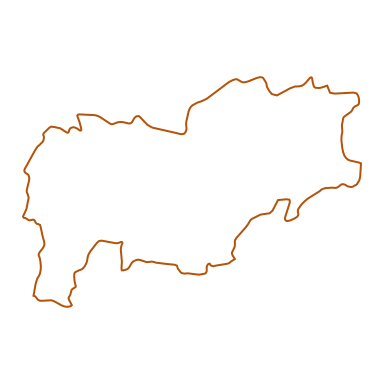 SVG path tracing the border of Uruzgan
{"feature_id": "AFG-1752", "entity_name": "Uruzgan", "entity_type": "Province", "adm_level": 1, "iso_a3": "AFG", "parent_name": "Afghanistan", "parent_adm1": "", "projection": "robinson", "projection_center": [66.006, 32.797], "detail": "fine", "context": "isolated", "style": "outline", "palette": "amber", "viewbox_px": 384, "rotation_deg": 0, "n_neighbors": 0, "source": "natural_earth", "source_scale": "10m", "svg_char_len": 4674}
<svg xmlns="http://www.w3.org/2000/svg" viewBox="0 0 384 384"><path d="M327.2,85.7L330.0,92.7L334.7,93.6L353.5,92.6L356.6,93.4L357.7,95.0L358.7,97.4L359.1,100.7L359.0,102.8L358.6,104.3L358.0,104.9L354.9,106.5L353.9,107.3L353.1,108.3L351.8,110.8L350.7,112.0L344.3,116.6L343.6,117.4L343.2,118.2L343.0,118.9L342.7,121.5L342.5,122.1L341.9,125.2L342.3,131.4L342.2,133.1L341.8,134.3L341.5,136.8L341.4,140.3L342.3,148.2L343.1,152.1L344.4,155.6L345.9,157.8L347.6,159.4L349.8,160.5L358.8,162.5L361.0,163.4L360.2,176.3L359.9,177.9L359.4,180.2L358.6,181.4L357.3,183.7L356.6,184.6L355.6,185.2L354.7,185.5L353.3,186.4L352.5,186.8L351.2,187.0L349.8,186.8L348.2,186.5L347.2,186.1L345.2,184.8L343.6,184.2L341.4,184.4L338.2,186.9L336.9,187.6L335.8,187.9L331.3,187.7L325.6,188.1L323.1,188.8L321.0,189.9L319.8,191.1L307.7,198.7L304.6,201.3L301.7,204.2L298.8,208.2L298.2,209.2L297.9,210.2L297.8,211.3L298.3,213.8L298.3,215.1L297.1,216.8L295.0,218.2L290.7,220.3L288.3,220.9L286.6,221.0L285.9,220.5L285.5,220.1L285.3,219.8L285.0,219.0L285.0,218.1L285.3,216.7L289.4,203.9L289.8,202.0L289.8,200.8L289.6,200.1L289.0,199.6L286.1,199.3L278.0,200.1L272.5,210.7L269.5,213.3L260.5,214.6L251.7,219.0L250.2,220.5L248.0,224.3L245.6,227.5L236.6,237.7L235.0,240.2L234.8,241.5L234.9,243.1L234.9,244.9L234.6,247.1L232.4,251.6L231.9,252.9L232.0,253.8L232.5,255.1L233.2,256.4L234.9,259.0L230.4,261.9L229.5,262.9L227.5,263.7L215.4,265.7L213.4,266.3L211.3,265.7L210.4,265.0L210.0,264.2L209.7,263.7L209.0,263.7L208.1,264.2L207.1,265.6L206.7,266.7L206.7,268.0L206.7,270.3L206.7,270.9L206.5,271.7L206.1,272.7L205.0,273.6L199.0,274.7L187.6,273.3L184.7,273.6L182.9,273.4L181.3,272.8L179.9,271.4L177.9,268.6L177.6,267.9L177.2,266.3L176.9,265.6L174.5,264.7L165.9,263.9L156.2,262.7L153.1,261.8L151.7,261.6L147.5,262.1L146.5,262.1L140.5,260.1L138.9,259.8L137.6,259.7L135.6,260.3L133.9,261.1L133.0,261.6L132.3,262.3L131.7,263.0L129.4,266.9L128.7,267.9L127.9,268.6L127.1,269.2L126.2,269.6L123.2,270.4L122.4,270.4L121.8,270.3L121.6,269.5L121.5,268.0L121.9,261.9L120.8,249.3L121.2,246.5L121.8,244.6L122.3,243.7L122.4,243.0L122.1,242.2L121.5,242.0L121.0,242.0L117.9,243.1L115.6,243.2L102.0,240.7L100.4,240.8L99.2,241.0L98.8,241.2L98.3,241.6L97.0,242.8L90.5,251.1L88.6,254.3L87.7,256.9L87.2,260.4L86.5,262.9L84.8,266.1L83.4,267.9L82.1,269.1L81.3,269.5L78.7,270.5L75.4,272.1L74.9,272.6L74.5,273.1L74.2,274.5L74.2,276.6L74.6,281.4L75.7,285.9L75.7,286.8L74.7,287.7L72.9,288.7L72.2,289.3L71.9,289.6L71.6,290.0L71.3,290.9L70.3,294.7L69.7,295.9L69.1,296.8L68.7,297.4L68.7,298.5L68.8,299.4L71.8,305.1L70.7,306.2L69.1,306.6L66.5,306.8L64.0,306.3L61.4,305.3L54.3,301.3L51.5,300.3L41.6,300.8L39.5,300.6L37.9,299.7L35.2,296.3L33.5,295.8L35.7,283.6L37.3,278.6L39.0,275.8L39.6,274.5L40.0,273.3L40.6,270.3L40.8,268.2L40.8,265.5L40.3,260.7L39.8,258.3L39.2,256.5L38.8,255.7L38.6,254.8L38.9,253.7L39.8,252.0L42.5,248.6L44.0,246.1L44.4,244.2L44.1,241.3L42.8,237.1L40.7,227.2L40.0,224.9L37.9,224.0L37.0,223.9L36.3,223.4L35.5,222.4L34.8,220.7L34.0,219.9L32.8,219.6L30.0,220.3L29.2,220.3L28.4,220.0L26.6,218.7L25.2,218.0L23.8,217.8L23.3,217.1L23.0,216.5L26.4,209.2L28.7,197.5L28.2,196.0L27.7,194.1L27.2,193.2L26.9,192.3L26.7,191.1L26.9,189.3L29.1,180.5L29.3,178.5L29.1,177.3L28.9,176.3L28.6,175.4L28.2,174.7L27.4,174.1L25.9,173.2L25.2,172.6L24.6,171.8L24.4,171.1L24.4,170.2L24.6,169.2L35.6,149.4L37.5,146.6L39.7,144.8L43.0,141.4L43.7,139.6L43.8,138.3L43.9,137.2L43.8,136.4L43.2,134.7L43.6,133.5L44.7,132.2L48.8,128.2L50.3,127.1L51.2,126.6L54.6,127.1L60.3,128.3L65.7,131.9L67.3,132.7L68.3,132.6L68.8,131.6L69.1,130.3L69.8,128.9L70.9,127.9L73.3,127.2L75.4,127.7L77.4,128.7L79.9,130.5L80.9,130.5L81.3,129.8L81.1,127.9L79.3,121.4L77.6,116.8L77.3,115.7L77.8,114.8L79.4,114.4L94.3,115.1L96.3,115.5L98.1,116.1L99.8,116.9L110.6,124.0L111.9,124.2L113.2,124.0L117.1,122.5L118.9,122.1L121.0,122.0L122.7,122.1L128.9,123.5L130.2,123.4L131.3,122.9L132.1,122.0L134.3,118.1L136.1,116.5L137.7,116.1L138.9,116.1L140.6,117.7L147.5,124.9L152.3,127.6L175.3,132.8L180.9,134.2L183.8,133.9L184.7,133.1L185.6,131.8L186.3,130.2L186.5,128.7L186.4,127.1L186.2,125.5L186.1,123.8L186.3,121.7L188.6,111.5L189.9,108.2L191.2,106.5L192.5,105.3L197.6,102.5L201.2,101.4L206.7,98.8L228.9,82.1L232.6,80.2L234.9,79.4L236.4,79.2L237.2,79.4L241.3,81.7L242.9,82.4L245.1,82.2L247.9,81.5L256.7,78.0L259.2,77.3L260.8,77.2L261.9,77.4L262.7,77.7L263.3,78.2L265.7,82.1L266.3,83.3L266.6,84.5L266.7,85.7L267.0,86.8L267.8,88.4L269.6,91.4L271.9,94.1L277.0,95.4L290.1,88.3L295.0,86.5L298.8,86.4L301.9,85.7L303.9,84.5L306.0,82.5L309.7,78.1L310.8,77.4L311.5,77.4L312.1,78.3L312.8,82.6L313.8,86.3L314.5,87.2L315.7,87.8L318.8,88.0L321.0,87.7L327.2,85.7Z" fill="none" stroke="#b45309" stroke-width="2"/></svg>